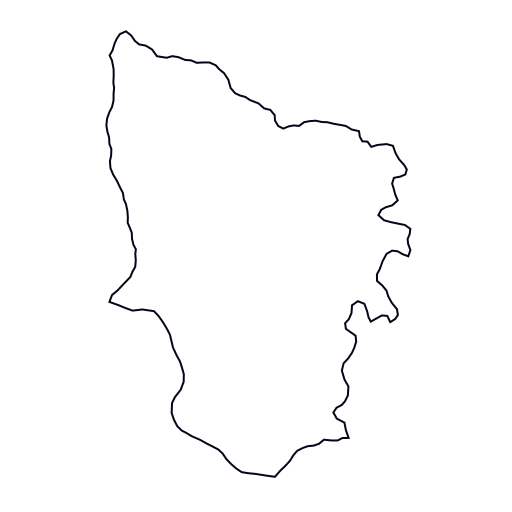 outline of Iraí de Minas, Minas Gerais, Brazil, rotated 272°
{"feature_id": "56859067B90662154366353", "entity_name": "Iraí de Minas", "entity_type": "district", "adm_level": 2, "iso_a3": "BRA", "parent_name": "Brazil", "parent_adm1": "Minas Gerais", "projection": "albers", "projection_center": [-47.455, -19.048], "detail": "fine", "context": "isolated", "style": "outline", "palette": "ink", "viewbox_px": 512, "rotation_deg": 272, "n_neighbors": 0, "source": "geoboundaries", "source_scale": "gbopen_adm2", "svg_char_len": 2818}
<svg xmlns="http://www.w3.org/2000/svg" viewBox="0 0 512 512"><g transform="rotate(272 256 256)"><path d="M451.3,102.7L446.5,105.2L437.7,107.2L430.6,107.5L424.3,107.4L419.0,108.3L413.2,108.0L406.4,108.2L399.8,106.9L394.8,104.5L388.2,102.4L381.3,101.9L375.3,103.1L369.5,105.0L362.9,105.6L357.9,107.7L351.3,107.7L345.7,106.7L338.7,107.5L332.4,110.4L326.2,114.4L318.8,118.3L314.3,120.8L307.9,122.0L303.4,124.2L297.0,125.8L290.3,126.6L284.7,126.6L280.1,128.8L275.1,131.0L268.8,131.5L263.0,133.1L258.5,135.7L253.7,135.3L247.4,136.0L241.0,135.7L236.0,133.1L230.7,131.2L226.9,127.8L222.9,124.2L217.0,119.1L212.0,113.5L205.0,111.1L202.1,120.2L199.7,126.6L197.1,134.6L198.6,144.3L197.3,156.0L192.9,160.5L188.6,163.8L184.5,166.7L179.5,169.9L174.2,172.8L168.3,174.4L161.5,176.3L154.0,180.1L148.0,183.7L141.9,185.9L135.3,188.0L127.7,188.1L119.7,185.4L112.3,180.0L106.1,177.2L96.2,177.2L89.7,179.6L83.1,183.3L78.9,188.0L76.8,192.4L73.6,198.2L70.4,206.4L67.2,212.6L64.2,219.0L61.4,224.9L57.6,229.4L52.0,233.5L47.0,238.6L42.8,243.9L39.5,249.2L38.7,255.4L38.2,263.2L36.9,273.9L36.0,282.6L42.6,288.0L46.9,292.3L52.7,297.2L58.0,300.2L62.7,303.9L65.8,309.5L67.8,314.6L68.5,320.2L70.5,325.5L74.8,330.3L74.3,337.8L74.5,344.0L77.1,348.7L77.4,354.9L85.2,351.9L92.5,350.2L96.3,342.4L102.3,338.8L107.2,341.8L110.1,346.9L113.9,350.0L119.9,352.7L128.9,352.9L135.7,348.7L144.5,345.8L151.8,347.3L156.9,351.7L162.6,355.3L167.9,357.5L174.0,359.1L179.8,358.3L182.8,353.8L186.3,348.4L191.9,347.4L196.1,351.0L202.2,353.4L210.1,353.7L214.4,359.4L212.0,366.0L204.6,369.0L198.7,370.6L194.4,373.0L198.0,378.9L201.0,383.9L200.7,389.3L194.6,392.5L197.9,397.3L202.0,399.9L207.8,398.7L214.3,393.1L220.4,389.5L226.0,387.6L231.0,383.2L235.3,377.8L241.8,377.5L247.4,380.2L255.2,382.7L262.7,386.4L266.1,391.9L265.6,397.5L263.0,402.3L261.0,408.2L267.3,410.1L273.5,407.6L278.1,406.9L283.2,408.8L288.5,409.3L292.2,403.7L293.5,395.7L294.6,389.2L296.2,382.7L301.1,376.9L306.6,379.6L309.2,383.9L311.4,390.4L316.5,395.7L322.3,393.0L328.6,391.1L333.1,389.5L338.9,391.1L340.4,397.5L342.7,402.4L347.7,403.7L352.0,401.0L357.5,395.7L363.6,391.9L370.9,389.0L372.4,382.6L371.2,373.5L369.1,367.4L374.2,363.4L374.3,358.3L378.8,355.6L384.3,354.6L385.8,347.1L389.1,341.2L389.9,336.0L390.9,328.7L392.2,322.6L392.2,317.2L393.3,311.0L392.7,305.2L391.4,299.4L387.5,294.5L387.8,289.2L386.6,283.9L384.3,278.8L386.6,273.8L391.9,270.3L397.5,269.7L402.5,265.2L403.8,259.0L408.6,253.2L411.6,244.6L414.6,239.8L415.9,234.2L418.0,229.4L423.0,224.8L431.2,222.2L437.6,217.7L441.2,212.9L445.2,209.1L447.8,202.7L447.5,195.5L447.0,190.0L449.2,184.4L449.5,178.2L452.0,171.6L452.8,165.4L451.0,159.8L452.2,150.0L458.8,144.9L462.4,138.4L463.4,131.8L466.7,127.5L472.0,123.6L476.0,118.2L473.0,112.2L468.0,109.1L463.2,107.2L456.4,105.4L451.3,102.7Z" fill="none" stroke="#020617" stroke-width="2"/></g></svg>